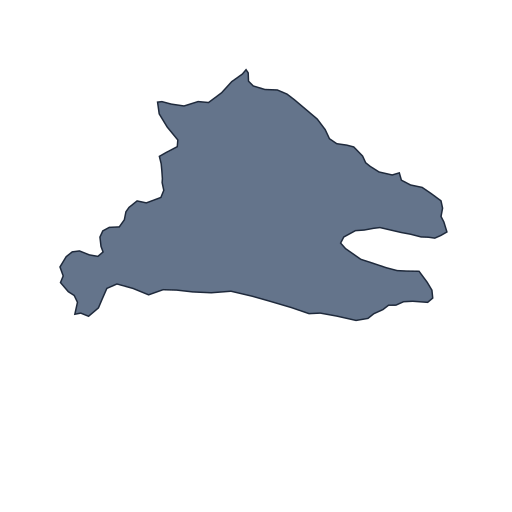 the district of Nordmaling, Västerbotten, Sweden, rotated 305°
{"feature_id": "70781695B22798016989349", "entity_name": "Nordmaling", "entity_type": "district", "adm_level": 2, "iso_a3": "SWE", "parent_name": "Sweden", "parent_adm1": "Västerbotten", "projection": "albers", "projection_center": [19.36, 63.649], "detail": "fine", "context": "isolated", "style": "filled", "palette": "slate", "viewbox_px": 512, "rotation_deg": 305, "n_neighbors": 0, "source": "geoboundaries", "source_scale": "gbopen_adm2", "svg_char_len": 1655}
<svg xmlns="http://www.w3.org/2000/svg" viewBox="0 0 512 512"><g transform="rotate(305 256 256)"><path d="M104.4,141.0L108.7,145.2L110.6,153.4L123.1,156.7L132.0,154.8L143.9,152.4L153.3,158.1L158.9,173.9L162.6,190.3L175.1,199.2L182.6,210.6L190.2,224.6L200.2,240.4L212.8,255.7L220.9,276.0L226.6,292.4L234.1,314.7L239.2,332.5L246.1,341.4L253.1,356.6L260.6,374.9L269.1,383.5L276.3,385.6L284.9,390.7L291.7,392.8L296.0,398.8L303.2,403.1L308.8,410.3L316.5,423.2L322.9,424.9L328.9,419.7L332.7,411.2L337.0,398.3L330.1,388.1L325.0,380.0L321.1,369.4L317.7,357.9L313.4,343.8L313.4,325.1L315.1,317.9L321.9,317.0L333.8,322.9L339.3,329.7L346.2,336.5L350.4,341.2L358.6,361.6L362.5,370.1L366.3,380.3L370.2,386.3L373.2,392.2L378.8,395.6L385.2,398.6L391.6,390.4L394.5,384.9L402.2,381.4L407.3,375.9L407.6,364.3L407.5,352.8L402.8,341.8L401.5,331.6L406.3,325.7L400.5,321.1L395.4,308.6L394.9,298.1L395.3,292.3L399.0,286.0L401.4,273.5L398.9,266.8L394.3,257.7L394.2,248.9L399.2,240.2L403.3,227.6L406.0,198.1L406.4,188.5L404.2,178.2L397.5,167.8L393.7,156.2L394.9,149.6L401.5,144.6L402.9,141.0L397.3,140.5L384.9,136.1L370.0,134.2L354.5,129.1L349.3,120.0L337.6,111.0L331.8,99.4L328.5,90.4L325.6,87.1L316.9,95.2L310.7,109.3L306.2,125.4L300.4,128.8L289.2,123.0L282.2,119.7L277.2,125.4L271.8,130.0L265.6,135.0L262.3,137.0L256.9,142.8L249.4,144.5L236.6,135.7L232.9,127.0L223.0,124.1L217.6,124.1L210.1,127.4L201.4,127.3L195.3,119.4L188.7,116.1L182.0,117.3L175.0,123.5L171.6,128.4L165.0,126.7L161.3,118.8L158.9,108.5L154.0,103.1L146.6,100.9L134.6,101.7L129.1,109.5L122.1,111.1L119.1,122.7L119.4,129.7L115.7,136.3L104.4,141.0Z" fill="#64748b" stroke="#1e293b" stroke-width="1.5"/></g></svg>